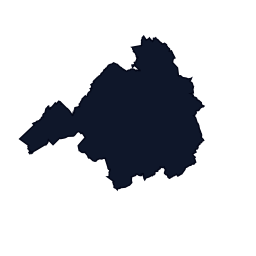 Zacatecas, Zacatecas, Mexico, rotated 314°
{"feature_id": "50627088B9429495798872", "entity_name": "Zacatecas", "entity_type": "district", "adm_level": 2, "iso_a3": "MEX", "parent_name": "Mexico", "parent_adm1": "Zacatecas", "projection": "robinson", "projection_center": [-102.67, 22.729], "detail": "fine", "context": "isolated", "style": "filled", "palette": "ink", "viewbox_px": 256, "rotation_deg": 314, "n_neighbors": 0, "source": "geoboundaries", "source_scale": "gbopen_adm2", "svg_char_len": 5756}
<svg xmlns="http://www.w3.org/2000/svg" viewBox="0 0 256 256"><g transform="rotate(314 128 128)"><path d="M188.9,74.9L189.0,75.5L188.1,76.6L187.8,78.1L187.4,78.6L187.0,78.6L186.9,79.1L187.3,79.4L186.9,79.7L187.1,80.9L186.0,83.5L185.2,84.4L185.0,85.1L185.8,85.8L185.3,86.4L184.6,86.0L183.2,86.8L183.1,87.1L182.3,87.1L181.0,87.9L179.6,87.1L178.5,89.1L176.0,87.2L174.9,89.1L177.6,89.1L177.9,97.3L177.3,96.3L176.6,95.7L176.1,94.7L175.8,94.3L175.2,94.2L175.4,94.0L175.1,93.7L174.5,93.4L174.3,91.3L173.3,90.4L173.1,89.9L172.3,89.3L171.0,89.2L169.7,88.1L168.1,87.8L167.7,87.5L167.0,84.0L166.7,84.1L166.7,82.5L166.6,82.2L166.7,81.2L166.2,79.6L166.3,76.4L166.2,76.4L164.8,72.4L162.8,72.1L161.3,71.1L159.5,70.4L157.4,70.8L157.1,71.1L156.7,70.9L155.7,71.1L155.3,70.6L154.9,70.9L153.8,71.0L153.8,70.6L153.5,70.4L150.8,71.3L148.7,70.9L148.4,71.1L148.1,71.5L147.7,71.3L147.4,71.7L146.5,71.6L145.3,71.1L143.5,71.1L143.1,70.8L142.0,71.0L140.4,70.8L139.7,71.0L138.9,70.7L137.4,70.9L137.2,71.9L133.4,71.3L133.1,73.0L131.9,73.4L131.6,73.8L131.5,74.3L130.1,73.6L129.9,74.9L128.0,75.5L126.8,75.1L125.2,75.2L124.4,75.7L123.9,75.7L123.1,76.7L121.3,76.0L121.4,75.0L116.9,74.9L116.7,75.4L116.2,75.4L115.5,75.8L114.6,75.7L112.2,76.6L111.5,76.3L111.3,76.4L110.5,77.8L110.1,78.1L109.3,77.6L108.7,77.6L108.7,77.8L108.3,77.4L107.8,77.4L107.5,76.9L105.8,75.8L105.2,76.0L105.0,76.7L103.9,77.1L103.4,77.0L103.1,77.6L102.3,78.2L101.8,77.9L101.8,78.7L101.5,78.7L101.5,78.2L101.2,78.1L100.8,78.7L100.4,78.4L100.3,78.7L100.0,78.7L99.3,79.3L98.8,79.0L98.6,79.3L98.4,79.2L99.6,74.0L99.8,70.8L99.5,70.6L99.6,64.0L98.8,63.6L98.5,62.2L98.8,63.0L99.6,63.1L99.7,60.9L99.3,60.5L99.3,60.2L99.0,60.2L99.0,59.6L95.5,59.8L95.5,58.3L92.6,58.6L88.1,58.7L88.4,58.2L87.9,58.2L87.6,58.8L86.9,58.2L88.6,55.7L88.4,55.6L87.6,55.5L87.4,55.9L85.6,55.6L84.8,55.7L82.3,57.2L81.8,57.9L80.9,57.7L80.5,57.9L79.8,57.5L78.6,57.7L78.2,57.9L77.5,58.7L77.3,59.4L76.2,58.7L75.4,58.6L75.1,59.0L74.3,59.2L72.9,58.9L72.7,59.2L72.0,59.3L69.1,57.7L68.7,58.3L68.2,58.1L66.3,56.9L65.1,56.5L65.0,58.6L44.9,57.7L46.5,68.7L45.4,68.8L44.4,70.4L43.6,70.5L43.8,72.0L43.5,72.1L43.3,73.7L41.6,73.7L41.4,75.3L43.1,75.2L42.9,76.4L44.1,76.5L44.5,75.5L45.3,76.2L47.8,77.0L59.6,80.2L59.3,80.6L60.8,80.5L62.2,80.1L64.2,79.0L64.0,85.6L73.1,85.8L73.7,86.9L76.5,88.9L77.9,89.7L80.3,90.4L84.1,94.1L84.6,94.4L86.4,94.5L88.8,94.2L90.5,94.4L90.9,94.7L91.6,95.8L91.4,98.0L92.7,98.4L91.5,103.9L80.7,104.5L77.9,108.6L78.2,109.1L78.3,110.9L78.6,111.9L80.1,113.6L80.7,113.7L80.2,118.0L79.8,119.4L79.5,119.3L79.4,119.5L79.2,120.7L80.1,121.3L80.2,125.4L81.2,127.4L82.4,128.0L83.8,127.7L84.6,128.2L85.4,128.3L85.7,128.6L86.1,128.6L87.6,130.7L89.0,131.2L90.4,132.6L85.9,140.8L85.3,141.4L84.9,142.6L85.1,143.2L85.9,143.8L85.8,144.1L82.9,145.3L82.0,146.6L81.3,146.9L80.0,148.3L78.6,147.1L79.7,154.8L78.6,154.8L77.4,157.0L77.2,157.1L77.2,158.2L75.7,159.0L75.7,159.7L76.3,161.1L76.2,163.1L77.0,162.6L79.1,164.1L79.5,163.7L80.2,163.9L80.5,164.5L83.6,167.1L86.5,168.0L88.0,168.7L91.3,168.6L92.7,166.6L94.5,165.1L94.9,164.5L95.2,164.4L96.8,165.2L97.4,165.2L97.5,165.5L98.9,166.2L99.4,166.3L99.9,165.9L100.5,165.8L101.0,166.2L101.0,166.7L101.5,167.3L101.5,168.3L102.3,169.9L102.7,170.1L103.2,170.6L103.3,169.9L103.8,169.6L104.1,170.3L105.1,170.0L105.7,170.6L102.8,174.7L102.4,176.0L104.6,175.5L107.5,177.1L108.0,177.1L108.6,177.5L109.4,177.4L109.8,177.8L110.4,177.8L110.6,178.6L112.0,178.6L112.6,179.2L113.2,179.2L113.4,178.9L113.8,179.0L114.9,178.0L115.9,177.8L116.4,178.1L116.7,178.3L116.6,178.6L117.5,179.3L118.0,179.1L118.2,178.8L118.9,178.6L121.1,179.3L122.3,178.3L123.0,179.2L123.2,179.9L125.1,181.2L124.3,182.1L124.4,183.7L123.6,184.0L123.6,184.4L121.6,185.1L120.7,186.0L121.0,186.5L120.8,187.4L121.5,189.4L120.5,190.8L120.6,192.6L121.5,193.0L122.5,193.1L123.6,193.6L125.5,193.9L126.0,194.4L128.4,194.9L128.1,197.2L130.3,197.8L130.4,197.5L132.3,198.5L137.6,197.7L139.3,196.8L141.6,197.7L143.3,197.9L145.0,199.1L145.8,199.0L146.7,199.2L147.2,199.7L147.3,200.0L147.8,200.1L148.0,200.4L148.3,200.5L148.8,200.4L149.0,200.0L150.4,200.4L151.6,198.2L151.6,197.7L151.2,197.5L151.8,197.5L151.8,196.9L153.6,196.6L153.5,194.1L154.2,192.5L157.9,193.6L158.2,192.3L158.6,191.9L160.0,191.6L160.8,191.8L161.1,192.3L161.5,192.3L163.0,191.6L163.0,190.5L164.9,190.7L165.6,190.5L166.1,190.8L166.3,190.2L167.5,190.4L167.8,190.7L169.1,190.8L169.9,190.4L171.6,191.0L172.0,189.9L171.9,189.2L172.2,186.7L172.7,186.8L173.8,186.0L174.5,185.1L175.1,183.9L175.1,183.0L175.4,182.6L175.7,182.6L177.0,179.7L178.9,177.1L179.8,175.0L179.6,174.3L182.2,169.6L182.5,166.7L183.2,167.3L184.1,166.7L185.6,166.8L186.3,166.5L187.2,165.2L188.0,165.2L189.2,166.3L189.9,166.6L192.7,166.1L195.0,166.8L195.5,167.4L196.5,167.4L195.8,165.2L195.9,164.5L197.1,163.1L196.9,159.5L196.3,158.9L196.4,157.9L197.0,156.8L197.1,156.4L196.4,154.3L196.0,153.8L195.7,153.0L195.7,152.5L196.4,152.6L196.9,152.1L196.7,151.7L196.7,150.4L196.2,149.1L198.6,150.6L201.6,146.8L202.2,147.1L203.0,146.0L203.4,146.0L203.3,145.4L204.5,143.6L204.9,142.3L204.5,141.0L204.6,139.9L206.4,139.6L207.8,139.0L207.1,138.8L204.7,136.9L204.7,136.4L204.3,136.1L204.5,135.8L204.1,135.0L202.2,132.3L202.1,129.6L200.7,128.2L200.8,127.7L205.6,121.8L206.0,114.5L208.7,112.6L210.1,112.7L210.4,112.4L211.0,112.9L212.2,109.4L211.9,109.1L212.7,108.1L213.6,105.6L212.0,104.4L213.4,103.3L213.7,102.8L213.5,100.1L213.8,99.7L214.1,98.0L214.3,97.6L214.6,97.6L214.3,95.5L212.8,94.9L212.6,94.5L212.0,94.0L212.3,93.1L212.2,91.8L211.9,91.4L212.2,88.3L211.7,86.4L212.1,85.3L211.3,85.2L210.2,84.1L208.7,85.4L207.4,85.5L207.5,84.4L206.8,83.5L207.5,82.7L207.3,81.6L207.6,80.9L206.1,80.9L203.9,80.0L204.9,75.5L202.9,75.6L202.6,76.2L201.6,76.4L200.1,77.2L199.6,78.4L198.8,78.5L196.9,80.4L196.4,80.3L188.9,74.9Z" fill="#0f172a" stroke="#020617" stroke-width="1.5"/></g></svg>